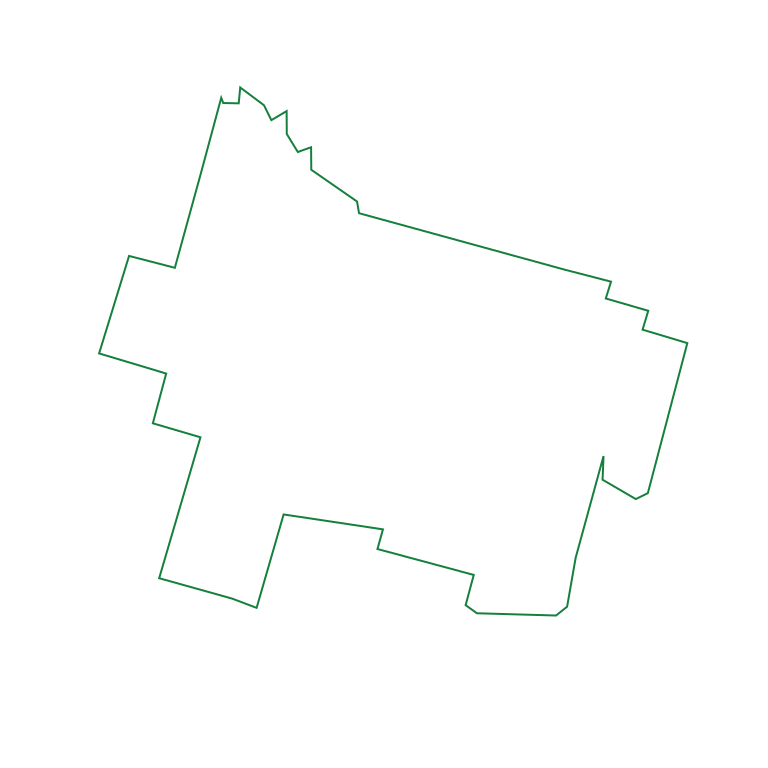 Livingston, New York, United States of America, rotated 105°
{"feature_id": "52423323B89765058067018", "entity_name": "Livingston", "entity_type": "district", "adm_level": 2, "iso_a3": "USA", "parent_name": "United States of America", "parent_adm1": "New York", "projection": "natural_earth1", "projection_center": [-77.807, 42.73], "detail": "fine", "context": "isolated", "style": "outline", "palette": "green", "viewbox_px": 768, "rotation_deg": 105, "n_neighbors": 0, "source": "geoboundaries", "source_scale": "gbopen_adm2", "svg_char_len": 682}
<svg xmlns="http://www.w3.org/2000/svg" viewBox="0 0 768 768"><g transform="rotate(105 384 384)"><path d="M428.2,667.1L430.3,597.1L481.8,597.1L483.0,547.5L629.8,550.9L630.6,475.3L633.2,449.1L536.0,447.2L524.7,347.4L545.1,347.6L545.2,247.9L576.5,247.9L581.4,234.9L563.1,157.9L551.7,149.5L502.2,153.9L396.8,153.3L419.9,148.1L430.0,111.0L421.1,100.9L266.0,101.6L264.6,148.3L244.9,147.7L244.0,191.9L226.4,191.2L226.8,238.4L225.5,452.3L214.7,457.3L195.9,509.7L174.2,515.7L182.2,527.3L167.7,542.6L145.6,548.7L158.3,561.1L145.8,572.1L134.8,599.6L150.5,597.0L154.2,612.0L149.7,615.3L226.6,615.4L325.9,616.1L326.3,663.4L428.2,667.1Z" fill="none" stroke="#15803d" stroke-width="2"/></g></svg>